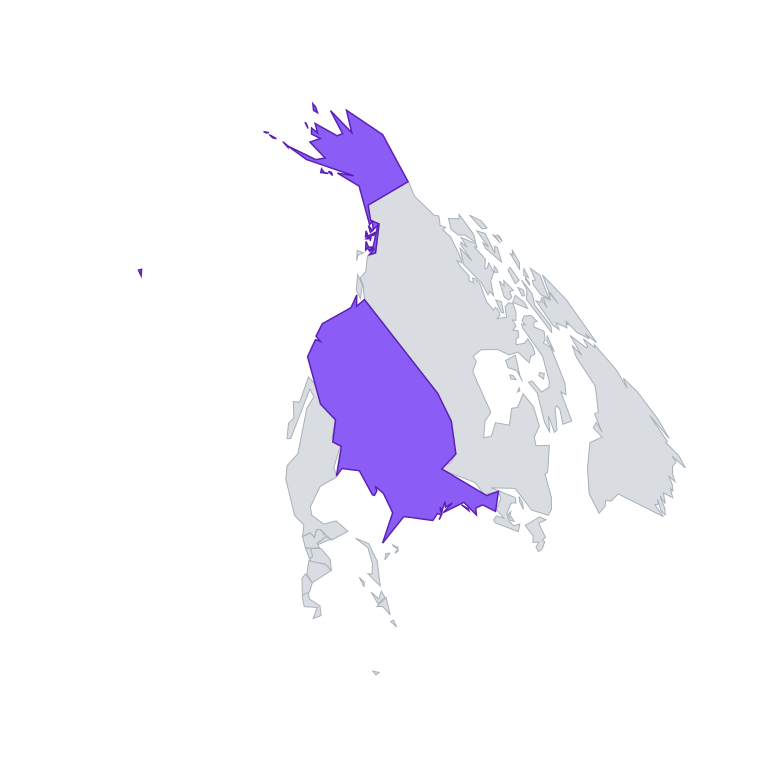 United States of America on a map of North America (Robinson projection), rotated 53°
{"feature_id": "USA", "entity_name": "United States of America", "entity_type": "country or territory", "adm_level": 0, "iso_a3": "USA", "parent_name": "North America", "parent_adm1": "", "projection": "robinson", "projection_center": [-126.716, 45.186], "detail": "medium", "context": "in_parent", "style": "filled", "palette": "violet", "viewbox_px": 768, "rotation_deg": 53, "n_neighbors": 17, "source": "natural_earth", "source_scale": "50m", "svg_char_len": 9396}
<svg xmlns="http://www.w3.org/2000/svg" viewBox="0 0 768 768"><g transform="rotate(53 384 384)"><path d="M304.6,348.8L292.5,341.1L284.8,338.9L283.1,330.8L272.1,320.4L274.4,311.8L253.2,291.6L245.0,296.2L231.6,289.0L237.0,242.7L252.6,246.6L279.3,242.4L282.8,239.1L291.3,243.8L296.0,240.6L296.5,244.2L306.5,242.3L329.1,246.6L334.2,249.0L329.4,251.4L336.1,252.4L348.8,251.0L353.1,253.9L356.7,251.5L352.7,249.4L354.8,247.8L361.9,247.1L380.0,252.6L390.9,252.0L389.7,249.0L392.7,248.2L398.8,249.8L399.9,254.3L404.5,245.8L395.2,240.9L394.0,235.9L397.1,232.6L406.1,235.4L412.6,240.5L410.2,242.8L417.1,243.7L418.6,248.7L422.2,244.9L427.5,248.0L427.6,251.5L432.2,254.8L436.1,247.2L434.4,241.9L445.1,243.0L450.9,245.4L450.3,250.3L454.3,255.2L439.1,257.9L436.2,266.5L425.1,272.3L415.0,286.0L415.6,296.0L421.6,296.8L427.4,305.7L471.1,315.8L474.5,325.8L486.9,336.8L490.3,329.6L482.0,318.3L492.3,308.6L480.3,296.7L483.1,291.3L475.5,278.8L491.7,278.2L511.1,285.2L516.8,295.9L524.9,299.8L532.4,288.8L552.9,306.3L552.8,309.6L575.2,318.5L584.9,325.8L587.8,331.8L573.5,342.0L546.3,342.1L531.5,360.7L553.8,347.5L558.5,350.2L555.6,353.9L561.5,363.9L568.1,366.6L575.2,365.8L577.5,359.7L582.7,365.6L562.0,378.7L558.5,378.3L557.0,373.6L563.4,369.0L551.7,369.9L545.6,359.3L538.6,357.3L532.5,370.6L517.6,370.6L487.8,389.0L484.3,387.4L487.0,378.5L483.1,368.7L454.2,352.6L440.2,353.5L425.3,346.7L304.6,348.8ZM452.5,278.2L454.6,275.8L459.9,275.9L456.6,279.6L452.5,278.2ZM448.7,228.6L443.3,224.6L460.8,228.5L453.3,228.3L448.7,228.6ZM470.7,282.3L468.3,278.5L471.3,279.6L470.7,282.3ZM398.1,218.8L396.8,220.6L387.5,219.0L392.9,216.0L398.1,218.8ZM393.0,208.3L385.5,208.1L384.2,207.0L390.7,207.0L393.0,208.3ZM375.8,202.7L386.1,204.6L381.4,206.9L375.8,202.7ZM444.1,219.1L402.3,219.4L394.9,213.3L383.7,211.5L401.5,211.4L411.6,216.2L437.9,215.8L444.1,219.1ZM332.2,206.1L341.4,206.3L329.9,207.4L332.2,206.1ZM335.5,202.8L341.5,203.8L332.5,204.6L335.5,202.8ZM590.0,336.3L588.3,344.3L603.7,347.4L603.9,351.4L606.6,350.5L610.9,356.8L610.8,361.6L605.7,360.8L603.5,355.6L600.1,360.3L594.9,356.3L581.9,356.4L583.9,339.5L590.0,336.3ZM440.0,261.8L459.3,270.5L465.2,271.8L453.2,269.9L445.7,275.1L438.4,272.7L440.0,261.8ZM446.9,232.0L455.5,228.9L492.3,239.0L502.1,245.2L496.7,247.5L526.6,256.4L523.8,265.4L509.9,258.7L505.4,259.3L506.3,262.0L524.8,273.4L525.2,277.0L508.3,271.7L522.5,280.8L511.1,278.8L483.4,267.0L469.6,267.5L470.6,263.9L485.1,263.2L485.9,254.4L481.8,250.6L457.2,240.6L422.3,239.5L418.8,237.9L421.7,235.8L416.7,235.8L413.9,231.2L417.9,225.3L426.2,224.1L424.8,227.0L428.7,229.9L438.1,224.4L446.1,229.0L446.9,232.0ZM392.2,225.8L403.4,222.8L410.2,223.9L396.2,232.0L392.2,225.8ZM300.5,214.1L312.2,208.3L321.4,207.8L319.1,212.4L300.5,214.1ZM261.3,325.1L266.9,321.3L265.5,327.3L269.0,331.6L261.3,325.1ZM353.8,200.9L369.0,203.0L373.8,206.7L355.8,204.7L358.5,203.5L353.8,200.9ZM301.7,351.5L292.4,349.7L280.8,339.2L292.0,341.7L301.7,351.5ZM293.9,221.9L318.7,222.4L325.9,225.6L313.6,229.9L309.7,235.1L300.6,237.3L290.6,232.9L297.2,224.7L293.9,221.9ZM343.3,211.3L357.3,216.7L336.5,221.3L330.8,220.0L337.4,218.0L317.7,217.8L324.6,212.6L346.2,216.8L340.6,212.8L343.3,211.3ZM350.4,227.4L361.0,229.2L365.9,236.8L379.3,243.3L373.6,243.7L375.4,247.3L362.3,245.3L336.3,248.4L321.2,241.5L338.4,239.7L318.9,238.9L316.9,237.2L324.9,235.4L313.3,234.3L327.1,226.3L330.7,227.2L329.2,229.3L345.3,227.9L352.3,233.9L353.7,232.0L350.4,227.4ZM378.0,229.1L373.5,226.1L387.1,224.3L385.8,227.8L391.6,229.7L392.2,233.8L387.0,235.6L371.2,230.0L378.0,229.1ZM356.1,225.0L360.6,224.9L363.4,225.9L361.0,228.8L356.1,225.0ZM366.6,213.2L382.5,213.5L382.9,218.7L367.8,216.4L366.6,213.2ZM379.8,197.5L391.2,193.9L414.9,200.8L406.9,205.1L394.7,204.9L390.6,203.2L392.1,200.6L379.8,197.5ZM392.5,191.8L426.3,187.7L478.9,189.3L465.0,193.1L471.5,193.0L459.0,198.9L442.6,200.8L447.2,201.4L445.5,202.1L449.4,204.1L438.8,209.6L445.9,211.4L438.7,213.8L409.0,212.6L413.2,209.7L410.1,206.7L421.4,208.2L410.2,204.8L417.1,200.7L409.6,197.2L424.7,196.5L407.0,196.3L392.5,191.8ZM476.2,253.6L470.4,255.3L468.5,252.9L472.0,249.6L476.2,253.6ZM388.9,240.7L399.4,245.6L397.6,247.3L384.2,244.2L388.9,240.7ZM555.0,344.0L562.4,344.9L568.1,348.2L559.8,346.6L555.0,344.0ZM562.2,359.5L564.5,362.2L572.0,362.7L569.1,365.3L562.7,363.0L562.2,359.5Z" fill="#d9dde1" stroke="#a8b0b8" stroke-width="1"/><path d="M555.1,511.8L555.9,521.1L542.3,519.5L552.5,517.6L547.9,510.7L555.1,511.8Z" fill="#d9dde1" stroke="#a8b0b8" stroke-width="1"/><path d="M557.5,523.6L555.7,510.8L572.1,518.0L560.8,519.0L557.5,523.6Z" fill="#d9dde1" stroke="#a8b0b8" stroke-width="1"/><path d="M517.0,474.2L521.8,471.9L522.1,473.3L517.0,474.2ZM522.0,470.8L526.0,473.3L525.7,477.3L524.5,473.6L522.0,470.8ZM520.5,484.6L522.7,481.2L525.0,489.1L520.5,484.6Z" fill="#d9dde1" stroke="#a8b0b8" stroke-width="1"/><path d="M523.3,189.3L543.3,186.3L576.9,186.4L599.1,189.0L569.0,190.7L600.5,192.3L600.2,194.2L618.4,191.7L632.5,193.8L614.7,197.4L622.0,197.6L623.5,203.2L629.7,207.8L637.2,210.5L628.7,212.0L637.6,214.2L643.1,217.7L640.0,218.1L648.6,221.9L639.1,226.4L648.7,231.4L639.4,230.8L652.6,234.7L657.7,238.3L652.3,239.2L640.9,234.9L645.2,237.9L643.4,240.3L658.1,240.7L612.7,263.1L614.2,273.0L610.5,277.0L614.6,280.9L616.7,290.0L595.1,286.2L573.9,272.3L554.7,254.8L557.6,241.7L545.0,243.2L542.3,237.6L553.6,238.8L534.5,233.8L535.3,229.6L512.9,216.6L478.5,214.3L466.3,210.4L480.1,208.9L457.3,206.1L477.2,200.5L477.2,199.0L467.8,197.6L481.8,193.7L479.2,192.2L513.3,190.0L533.8,192.5L523.3,189.3Z" fill="#d9dde1" stroke="#a8b0b8" stroke-width="1"/><path d="M332.9,440.0L344.2,439.0L362.0,446.7L383.2,444.4L396.2,458.3L406.9,455.4L420.6,474.5L429.8,477.3L427.3,496.5L437.8,516.7L445.1,520.6L459.6,516.5L464.5,504.6L479.9,501.5L477.2,519.9L461.9,522.4L459.9,525.6L465.0,532.2L458.8,532.2L456.8,540.8L448.4,532.9L435.3,534.5L400.9,519.7L390.9,510.5L387.8,494.7L356.8,460.1L352.0,447.6L343.5,446.4L371.4,491.3L369.3,494.4L357.8,483.7L357.0,476.5L343.5,467.0L347.7,462.2L332.9,440.0Z" fill="#d9dde1" stroke="#a8b0b8" stroke-width="1"/><path d="M531.0,573.6L528.7,581.7L522.3,571.8L513.8,581.7L504.0,577.0L503.4,569.1L510.9,573.0L522.7,568.7L531.0,573.6Z" fill="#d9dde1" stroke="#a8b0b8" stroke-width="1"/><path d="M505.3,568.6L503.4,576.1L489.9,566.5L488.4,561.2L499.6,560.9L505.3,568.6Z" fill="#d9dde1" stroke="#a8b0b8" stroke-width="1"/><path d="M499.6,560.9L489.4,560.1L479.4,549.9L492.5,539.3L501.1,538.2L499.6,560.9Z" fill="#d9dde1" stroke="#a8b0b8" stroke-width="1"/><path d="M501.1,538.2L492.5,539.3L481.2,549.5L470.9,541.4L477.6,533.3L491.8,532.6L501.1,538.2Z" fill="#d9dde1" stroke="#a8b0b8" stroke-width="1"/><path d="M470.9,541.4L479.0,545.0L478.2,548.5L467.4,545.3L470.9,541.4Z" fill="#d9dde1" stroke="#a8b0b8" stroke-width="1"/><path d="M456.8,540.8L458.8,532.2L465.0,532.2L459.9,525.6L461.9,522.4L471.0,522.5L471.1,533.2L476.1,534.1L470.9,541.4L467.4,545.3L456.8,540.8Z" fill="#d9dde1" stroke="#a8b0b8" stroke-width="1"/><path d="M471.0,522.5L475.9,519.4L472.6,533.2L471.1,533.2L471.0,522.5Z" fill="#d9dde1" stroke="#a8b0b8" stroke-width="1"/><path d="M578.1,518.5L585.6,520.1L577.9,521.7L578.1,518.5Z" fill="#d9dde1" stroke="#a8b0b8" stroke-width="1"/><path d="M523.5,520.1L530.4,519.1L534.0,522.0L523.5,520.1Z" fill="#d9dde1" stroke="#a8b0b8" stroke-width="1"/><path d="M502.4,492.3L521.7,496.1L542.9,508.6L525.7,511.0L528.7,507.9L520.3,501.2L505.0,495.4L489.9,499.6L502.4,492.3Z" fill="#d9dde1" stroke="#a8b0b8" stroke-width="1"/><path d="M606.6,565.7L611.5,561.4L611.6,565.6L606.6,565.7Z" fill="#d9dde1" stroke="#a8b0b8" stroke-width="1"/><path d="M486.6,389.0L534.9,369.2L538.6,357.2L552.8,371.6L539.9,378.0L538.3,385.4L544.2,389.0L526.6,391.4L522.3,414.2L520.1,401.0L519.4,409.0L514.7,406.1L520.8,414.8L520.3,415.1L519.0,413.8L516.0,413.2L520.0,415.6L522.3,415.5L525.6,421.6L522.8,417.0L519.6,419.4L522.4,427.1L501.8,447.9L510.2,480.9L492.1,454.6L471.1,450.3L460.4,452.6L465.0,453.9L467.2,458.7L465.6,459.9L438.4,455.9L426.2,468.4L428.8,477.3L408.2,455.6L399.5,459.8L383.5,444.3L361.9,446.8L316.2,428.6L307.3,412.0L311.7,409.2L304.9,409.5L298.7,396.9L303.2,364.3L296.5,352.2L305.4,359.1L304.8,348.8L423.9,346.8L454.2,352.6L483.1,368.7L486.6,389.0ZM274.3,311.9L271.9,317.8L270.2,310.9L267.1,312.0L265.6,313.6L268.1,310.3L253.5,293.5L254.2,299.6L246.9,295.5L248.1,299.6L211.0,284.8L187.5,294.3L199.4,282.9L157.9,310.9L136.4,317.4L163.7,303.5L168.1,295.0L146.2,297.6L149.6,287.1L140.7,291.5L136.0,287.8L143.5,286.0L134.5,282.2L157.5,272.1L159.2,266.4L133.5,262.2L163.9,258.5L142.8,249.2L184.0,235.0L236.9,243.0L231.6,289.0L245.1,296.2L253.2,291.6L274.3,311.9ZM182.4,301.8L177.0,307.3L174.6,304.4L178.7,304.5L182.4,301.8ZM259.3,312.5L265.4,314.0L265.9,318.0L259.3,312.5ZM151.3,512.8L145.3,511.6L146.5,508.6L151.3,512.8ZM117.4,272.2L121.4,271.9L127.3,273.8L123.1,275.6L117.4,272.2ZM248.2,301.1L254.7,300.8L254.6,303.6L248.2,301.1ZM129.7,289.4L134.2,290.9L127.3,289.5L129.7,289.4ZM250.9,306.1L255.7,307.6L255.3,310.2L250.9,306.1ZM256.5,305.8L257.6,300.2L259.2,302.9L256.5,305.8ZM129.6,319.0L136.2,317.5L137.3,318.3L129.6,319.0ZM269.2,311.6L269.4,315.5L266.8,315.4L269.2,311.6ZM534.4,391.9L536.2,392.4L527.1,394.8L534.4,391.9ZM258.8,305.8L261.5,308.9L258.4,306.1L258.8,305.8ZM115.9,325.5L123.3,322.3L120.5,324.7L115.9,325.5ZM183.2,298.7L186.5,299.6L180.7,300.5L183.2,298.7ZM256.7,307.0L259.3,307.9L257.3,310.9L256.7,307.0ZM114.1,324.6L112.6,327.0L109.9,328.2L114.1,324.6Z" fill="#8b5cf6" stroke="#5b21b6" stroke-width="1.5"/></g></svg>